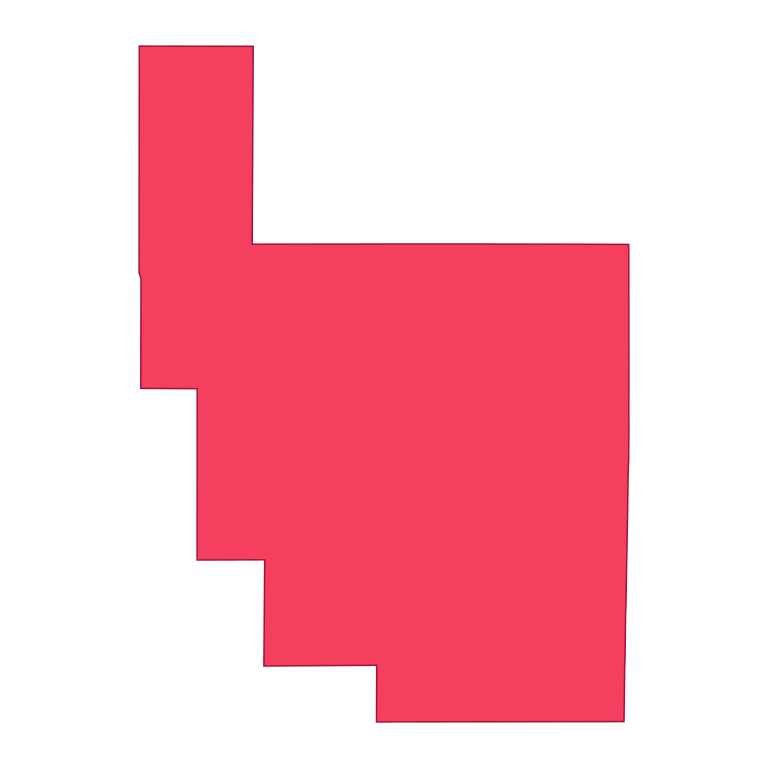 Roosevelt, New Mexico, United States of America (Mercator projection)
{"feature_id": "52423323B49332182234099", "entity_name": "Roosevelt", "entity_type": "district", "adm_level": 2, "iso_a3": "USA", "parent_name": "United States of America", "parent_adm1": "New Mexico", "projection": "mercator", "projection_center": [-103.277, 34.088], "detail": "fine", "context": "isolated", "style": "filled", "palette": "rose", "viewbox_px": 768, "rotation_deg": 0, "n_neighbors": 0, "source": "geoboundaries", "source_scale": "gbopen_adm2", "svg_char_len": 742}
<svg xmlns="http://www.w3.org/2000/svg" viewBox="0 0 768 768"><path d="M140.8,388.4L178.9,388.6L197.2,388.7L197.1,560.0L264.7,559.8L263.9,666.0L376.7,665.3L376.5,721.9L624.0,721.6L624.5,683.4L624.6,675.3L624.6,669.7L624.8,664.7L625.1,655.5L625.3,636.3L625.6,613.0L625.9,607.5L626.8,556.5L627.1,539.8L627.7,506.4L627.7,503.3L628.1,477.7L628.7,458.7L628.8,439.8L628.9,434.9L628.9,430.4L628.9,420.9L628.8,417.9L628.8,415.1L628.8,414.6L628.8,413.8L628.8,409.6L628.8,401.0L628.9,390.4L628.9,384.8L628.9,368.5L628.8,274.4L628.8,253.1L628.7,244.5L628.7,244.4L574.8,244.2L516.1,244.1L479.6,244.0L403.8,244.0L396.8,244.0L252.2,244.2L253.2,46.3L139.3,46.1L139.1,272.6L141.0,278.8L140.8,388.4Z" fill="#f43f5e" stroke="#9f1239" stroke-width="1.5"/></svg>